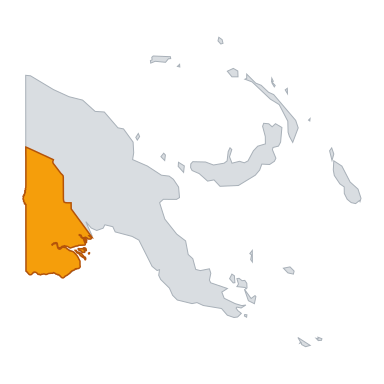 Western on a map of Papua New Guinea (Equal Earth projection)
{"feature_id": "PNG-1248", "entity_name": "Western", "entity_type": "Province", "adm_level": 1, "iso_a3": "PNG", "parent_name": "Papua New Guinea", "parent_adm1": "", "projection": "equal_earth", "projection_center": [142.614, -7.162], "detail": "fine", "context": "in_parent", "style": "filled", "palette": "amber", "viewbox_px": 384, "rotation_deg": 0, "n_neighbors": 0, "source": "natural_earth", "source_scale": "10m", "svg_char_len": 8423}
<svg xmlns="http://www.w3.org/2000/svg" viewBox="0 0 384 384"><path d="M26.0,271.4L25.9,204.9L23.3,199.9L25.8,188.0L25.7,75.3L30.5,75.8L53.5,89.6L69.0,96.7L82.6,100.1L95.1,111.4L104.3,112.0L117.9,127.8L123.5,128.9L133.1,142.1L133.7,152.8L132.6,159.6L147.3,166.0L161.4,175.2L169.1,176.1L173.4,179.3L178.6,187.1L179.5,197.6L176.5,199.4L163.3,199.3L159.6,202.7L164.8,219.1L176.7,234.1L185.6,240.9L188.2,254.5L192.8,258.7L195.7,269.4L200.3,270.6L209.4,268.8L210.8,273.3L209.4,280.1L210.7,282.8L227.4,288.5L221.8,292.1L224.2,298.3L235.1,303.6L241.8,305.6L245.9,305.0L241.1,308.0L236.9,307.1L236.1,308.1L237.8,310.6L241.3,313.4L237.6,317.0L234.0,317.5L227.3,315.2L221.5,308.5L203.3,305.5L197.0,302.6L192.0,303.6L177.3,300.0L172.6,295.3L169.4,288.1L160.7,279.5L158.7,275.3L159.5,269.7L157.1,270.5L152.1,266.4L138.9,240.1L132.1,236.4L115.2,231.9L112.8,226.7L104.9,224.8L103.1,228.2L96.7,230.5L91.2,228.0L85.8,221.6L92.2,236.1L89.9,236.1L91.0,238.3L89.7,238.7L82.7,237.8L84.8,243.8L73.2,247.2L64.6,246.0L60.5,247.5L58.8,247.3L56.6,242.9L53.4,243.7L56.1,243.8L59.4,248.9L66.6,248.2L73.6,252.1L79.5,260.7L79.3,266.7L63.3,277.7L53.9,273.0L40.4,274.2L35.6,272.4L29.5,274.5L26.0,271.4ZM268.8,123.8L272.1,126.8L275.5,123.7L281.9,127.5L280.6,142.1L278.5,146.1L273.0,147.5L272.4,149.7L275.9,158.2L274.4,161.3L269.6,164.5L261.8,164.1L259.7,170.0L255.3,175.2L238.4,185.5L220.0,186.3L214.0,179.9L207.6,181.1L199.2,173.6L192.1,170.5L190.6,167.6L190.8,163.9L192.8,161.7L205.5,162.0L213.5,165.0L224.1,163.2L227.1,160.9L228.2,151.6L230.0,147.8L231.8,149.6L229.5,156.8L232.0,163.2L239.5,161.3L244.3,162.8L248.0,160.9L253.4,150.8L257.7,146.2L265.4,143.9L265.3,136.5L262.6,126.3L263.7,123.3L268.8,123.8ZM361.0,198.3L360.0,201.6L359.5,200.5L355.6,203.6L351.2,202.6L347.2,199.3L344.3,193.5L344.2,186.9L339.9,183.9L334.3,175.5L333.3,170.0L333.8,160.8L341.9,166.1L350.1,182.0L358.0,189.1L361.0,198.3ZM298.2,127.9L292.7,142.4L289.4,136.4L288.1,132.3L287.8,121.2L279.2,104.6L270.3,99.1L252.1,81.9L244.9,79.2L246.7,78.4L246.7,74.1L255.7,83.1L261.2,85.3L268.6,92.3L273.7,94.6L295.7,120.4L298.2,127.9ZM153.2,56.0L170.4,56.7L170.7,58.6L168.4,58.8L165.5,62.3L155.2,61.3L150.7,63.1L150.4,60.6L152.1,59.9L151.8,57.3L153.2,56.0ZM239.0,278.3L242.1,280.7L244.8,280.4L246.8,283.3L247.0,287.9L245.9,289.0L245.2,287.5L236.9,286.6L238.5,284.0L236.9,278.7L239.0,278.3ZM238.0,76.8L231.9,76.8L227.3,71.2L233.3,68.4L237.8,71.0L238.0,76.8ZM251.1,298.5L255.0,295.6L255.9,296.6L254.4,303.7L248.4,300.7L244.4,289.2L251.1,298.5ZM283.4,268.2L290.0,266.9L293.1,270.0L294.1,271.1L293.4,274.1L287.9,272.9L283.4,268.2ZM297.9,337.5L310.2,345.4L305.6,346.7L301.7,344.6L301.3,342.7L299.7,343.3L300.5,342.0L297.9,337.5ZM183.6,172.4L178.2,166.4L178.5,162.3L184.3,165.9L183.6,172.4ZM234.9,282.7L233.2,282.9L229.6,278.7L231.9,274.1L234.4,275.8L234.9,282.7ZM332.0,160.5L329.6,150.8L331.7,147.9L333.8,154.0L332.0,160.5ZM164.7,160.5L160.9,156.7L163.7,153.2L165.4,155.0L164.7,160.5ZM223.0,43.3L220.8,44.0L218.0,40.9L218.8,37.3L222.1,39.6L223.0,43.3ZM139.6,136.6L137.3,140.1L135.8,137.4L138.3,133.5L139.6,136.6ZM252.3,250.4L252.4,262.0L250.7,259.7L251.5,254.9L249.8,253.6L252.3,250.4ZM81.0,253.4L84.7,258.2L75.7,250.5L81.0,253.4ZM84.2,252.3L79.3,250.3L78.3,248.9L84.1,249.6L84.2,252.3ZM321.9,338.7L321.5,340.3L318.3,340.6L316.1,338.3L318.2,338.8L317.9,337.2L321.9,338.7ZM287.3,88.3L287.5,93.7L285.2,89.9L287.3,88.3ZM275.2,85.5L274.3,86.9L272.0,83.1L272.4,82.4L275.2,85.5ZM246.9,314.8L246.6,317.2L244.4,316.0L244.7,314.5L246.9,314.8ZM273.3,81.3L271.5,81.9L271.8,78.2L273.3,81.3ZM179.6,64.3L179.8,67.0L177.4,66.4L179.6,64.3ZM310.1,118.5L309.8,121.0L308.5,120.1L310.1,118.5Z" fill="#d9dde1" stroke="#a8b0b8" stroke-width="1"/><path d="M25.3,190.6L25.3,190.2L25.6,189.8L25.7,189.5L25.6,189.3L25.4,189.0L25.3,188.9L25.4,188.7L25.5,188.7L25.6,188.1L25.8,187.7L25.9,184.5L25.9,177.7L25.9,171.8L25.9,166.2L25.9,158.4L25.9,157.2L25.8,153.4L25.8,147.5L25.8,147.4L25.8,147.1L26.5,147.3L53.4,159.7L52.8,161.6L52.8,162.3L53.3,163.5L60.8,173.3L62.5,175.0L63.1,175.8L63.3,177.3L63.4,199.0L63.6,200.6L64.0,202.0L65.3,202.6L67.0,202.8L71.1,202.8L71.2,208.9L92.2,237.6L91.7,237.5L91.4,237.0L91.1,236.4L90.8,236.0L90.4,235.9L89.1,235.8L89.4,236.2L89.5,236.4L89.7,236.5L90.1,236.5L90.3,236.6L90.7,236.9L91.5,238.0L91.2,238.7L90.8,239.0L90.4,239.1L88.3,239.0L87.9,238.9L87.7,238.7L87.3,238.2L87.1,238.0L86.3,237.7L86.1,237.5L85.7,237.3L85.2,237.3L83.7,237.8L82.4,237.6L82.1,237.5L81.8,237.1L81.4,236.0L81.1,235.4L80.8,235.1L80.4,235.0L79.8,235.0L79.8,234.9L79.5,234.8L79.3,234.7L79.2,234.9L79.2,235.1L79.3,235.3L79.5,235.5L80.7,235.7L80.9,236.0L81.0,236.7L81.1,237.3L81.6,237.7L83.4,238.8L83.6,239.2L83.9,240.4L85.1,243.4L85.3,244.2L85.2,244.7L84.8,245.0L84.3,245.1L78.7,245.3L77.8,245.9L75.9,246.1L70.7,247.9L70.2,248.0L69.8,247.8L67.6,246.5L64.8,245.9L64.7,245.8L64.4,245.7L64.1,245.9L63.0,246.2L62.5,246.3L62.0,246.4L60.8,247.5L60.3,247.8L59.8,247.8L58.9,247.7L58.4,247.6L58.0,247.2L57.8,246.6L57.3,243.6L56.8,242.8L55.9,242.6L54.6,242.9L53.8,243.0L53.6,243.1L53.4,243.5L53.1,243.8L52.9,243.9L52.6,243.9L52.4,244.0L52.1,244.4L51.9,244.6L52.0,244.9L52.4,245.1L52.9,244.4L53.2,244.2L53.5,244.0L53.7,243.9L53.8,243.8L54.0,243.6L54.3,243.8L54.6,243.8L55.6,243.5L56.2,243.3L56.7,243.5L56.9,244.1L57.0,244.8L57.7,247.7L58.2,248.5L58.9,249.0L59.8,249.2L60.6,248.8L62.1,247.5L62.9,247.1L64.7,247.5L65.1,247.3L66.0,247.7L66.7,248.6L67.0,248.8L67.5,249.0L68.9,250.2L69.8,250.7L72.5,251.4L73.4,251.9L74.1,252.4L77.0,255.6L78.2,257.6L78.9,259.1L79.7,260.5L79.9,260.9L80.0,261.3L80.0,265.2L80.2,266.2L80.2,266.7L80.0,267.2L79.4,267.9L79.2,268.1L78.8,268.3L78.1,268.6L76.9,268.6L76.2,268.7L76.4,269.0L76.1,269.1L75.7,269.1L75.3,269.2L75.1,269.1L74.9,269.3L74.9,269.5L74.6,269.8L74.3,269.9L72.3,270.7L71.9,270.9L71.4,271.5L70.9,272.0L70.6,272.0L70.4,272.2L70.2,272.5L70.0,273.0L69.8,273.3L69.3,273.6L68.3,274.2L67.5,275.0L65.1,276.2L64.8,276.5L64.6,276.9L63.4,277.8L62.5,277.9L61.7,277.6L61.0,277.0L60.0,275.8L59.2,275.1L58.4,274.6L57.7,274.7L57.1,274.3L56.8,274.2L56.3,274.1L55.9,274.0L55.0,273.3L53.8,272.7L53.5,272.6L53.3,272.7L52.9,273.2L52.6,273.3L51.8,273.2L48.7,273.5L48.2,273.7L46.9,274.3L46.4,274.4L45.9,274.5L45.4,274.4L44.5,274.0L44.0,273.9L42.1,274.3L41.5,274.3L41.3,274.5L41.0,274.7L40.7,274.8L40.4,274.9L40.0,274.7L39.7,274.4L39.4,274.3L39.1,274.5L38.8,274.4L38.3,274.4L37.9,274.3L37.6,273.7L36.6,272.8L35.9,272.4L35.1,272.1L34.2,272.1L33.4,272.4L31.7,274.3L31.0,274.7L29.9,274.8L29.1,274.4L26.7,271.6L26.0,271.1L26.0,267.6L26.0,261.8L26.0,256.2L26.0,250.9L26.0,242.9L25.9,237.9L25.9,236.7L25.9,231.0L25.9,225.4L25.9,217.5L25.9,216.2L25.9,212.4L25.9,207.9L25.9,204.6L25.6,204.6L25.2,204.3L25.1,203.4L24.5,203.6L24.4,203.2L24.3,202.5L24.2,202.1L23.8,201.6L23.6,201.4L23.5,201.0L23.6,200.9L23.8,200.5L23.8,200.3L23.7,200.0L23.2,199.4L23.1,199.1L23.0,198.8L23.1,198.5L23.2,198.1L23.4,197.2L23.4,196.6L23.1,196.4L23.3,195.9L23.6,195.8L24.0,195.7L24.3,195.4L24.2,195.1L24.1,194.9L24.0,194.6L24.4,194.5L24.5,194.4L24.6,193.5L24.6,193.2L24.8,192.9L25.1,192.9L25.3,192.6L25.4,192.1L25.3,191.6L24.9,191.6L24.9,191.3L24.8,191.0L24.7,190.8L24.4,190.8L24.6,190.7L24.9,190.6L25.1,190.6L25.3,190.6ZM84.7,257.0L85.2,257.2L85.5,257.7L85.7,258.4L85.7,259.1L85.5,259.6L85.2,259.8L84.9,259.5L84.8,259.0L84.6,258.5L84.3,258.2L81.7,256.6L81.2,256.1L80.9,255.9L80.6,255.8L80.3,255.7L80.2,255.5L80.1,255.1L78.7,253.5L77.4,253.0L76.8,252.7L76.6,252.4L76.1,251.4L75.8,251.2L75.3,250.7L75.1,250.4L75.5,250.4L75.8,250.3L76.0,250.3L76.8,251.6L77.2,251.9L79.1,252.5L81.0,253.4L81.5,253.5L81.9,253.9L82.1,254.4L84.2,256.8L84.7,257.0ZM79.6,250.6L79.1,250.3L78.5,249.7L78.2,249.0L78.7,248.6L79.0,248.6L79.3,248.9L79.5,249.0L80.4,248.8L81.9,248.7L83.9,249.1L84.2,249.3L84.2,250.0L84.3,250.5L84.6,251.3L84.8,251.7L84.8,252.1L84.5,252.4L84.1,252.4L83.0,252.4L82.5,252.3L81.4,251.6L81.1,251.0L80.6,250.8L79.6,250.6ZM86.2,249.6L86.2,249.8L86.3,250.2L86.3,250.5L86.0,250.7L85.6,250.6L85.1,250.2L84.3,249.0L83.2,248.3L83.4,247.9L84.5,247.8L85.4,248.1L85.8,248.5L86.1,249.0L86.2,249.6ZM86.2,239.4L86.5,239.8L86.7,240.5L86.6,240.8L86.2,240.6L85.6,240.4L84.7,240.3L84.1,239.9L83.9,239.3L83.7,238.7L84.0,238.4L84.8,238.4L85.8,239.0L86.2,239.4ZM85.9,241.1L86.3,241.5L86.5,241.9L86.5,242.4L86.0,242.8L85.3,242.8L84.8,242.0L84.5,241.1L84.8,240.7L85.4,240.8L85.7,240.9L85.9,241.1ZM89.3,252.7L89.5,252.8L89.5,253.1L89.3,253.8L88.9,254.0L88.6,253.7L88.5,253.2L88.8,253.0L89.1,252.9L89.2,252.7L89.3,252.7Z" fill="#f59e0b" stroke="#b45309" stroke-width="1.5"/></svg>